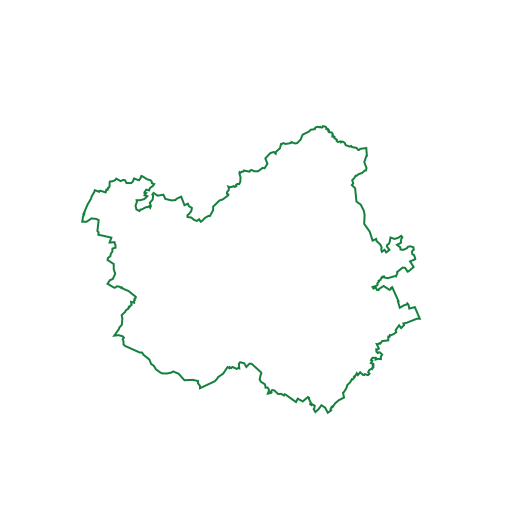 Cashel-Tipperary Lea-7, South Tipperary, Ireland (orthographic projection), rotated 41°
{"feature_id": "5873133B11959666540716", "entity_name": "Cashel-Tipperary Lea-7", "entity_type": "district", "adm_level": 2, "iso_a3": "IRL", "parent_name": "Ireland", "parent_adm1": "South Tipperary", "projection": "orthographic", "projection_center": [-8.111, 52.526], "detail": "fine", "context": "isolated", "style": "outline", "palette": "green", "viewbox_px": 512, "rotation_deg": 41, "n_neighbors": 0, "source": "geoboundaries", "source_scale": "gbopen_adm2", "svg_char_len": 6145}
<svg xmlns="http://www.w3.org/2000/svg" viewBox="0 0 512 512"><g transform="rotate(41 256 256)"><path d="M216.1,409.8L231.6,405.1L233.4,403.6L235.8,404.4L243.5,404.1L247.7,406.3L250.9,405.9L254.8,407.2L259.6,406.8L262.1,406.2L265.9,403.1L268.5,399.7L269.2,397.5L274.7,395.6L283.5,396.7L289.6,390.9L294.3,388.4L295.7,390.1L299.0,390.8L300.5,392.5L307.1,377.5L307.2,373.8L306.8,372.5L308.4,366.3L307.4,358.5L310.5,358.0L309.0,358.0L309.0,357.1L310.8,356.9L311.0,355.2L315.6,353.8L316.0,352.2L317.1,351.8L313.8,348.6L313.7,346.6L317.5,344.7L321.5,346.1L321.7,341.6L323.4,340.2L336.0,340.5L337.1,341.1L337.6,342.9L339.9,346.9L342.0,347.7L347.0,347.0L349.6,349.1L350.9,347.7L353.1,348.2L354.0,348.8L355.2,352.1L357.1,349.6L357.2,348.9L356.3,348.8L356.1,346.6L357.9,345.5L363.4,345.6L365.3,343.6L368.6,342.9L368.4,341.5L369.1,341.2L382.0,340.0L381.1,336.3L386.7,335.1L387.7,328.4L389.1,328.2L389.6,329.1L393.4,330.6L394.1,332.3L395.8,332.1L395.6,331.0L398.5,330.5L399.9,332.7L400.0,333.7L403.2,334.8L403.7,330.6L403.3,325.7L407.7,325.1L413.0,327.2L414.0,323.1L412.7,322.7L412.1,320.3L412.2,319.6L412.9,319.7L412.4,315.2L413.1,310.5L415.3,305.1L411.4,302.1L411.6,300.7L410.9,296.4L409.6,293.6L409.9,289.5L409.2,286.0L409.9,285.7L409.9,282.5L409.1,282.5L409.5,280.6L409.0,278.4L411.0,279.0L410.9,275.4L414.8,275.5L415.7,274.9L415.6,273.8L418.7,272.4L418.9,270.4L416.9,270.1L416.3,267.7L417.2,265.2L417.8,265.2L417.6,263.3L416.9,263.5L416.2,261.9L417.2,261.1L415.4,261.6L415.0,260.5L412.9,261.4L412.5,258.8L411.0,259.1L410.7,256.4L413.2,254.2L414.2,255.7L415.6,253.5L417.9,251.9L416.2,249.9L415.9,247.6L412.7,247.5L412.0,247.9L411.6,249.4L409.6,249.2L408.0,247.5L409.1,246.9L409.5,245.3L404.9,243.3L406.1,242.3L406.3,240.8L407.3,240.6L407.0,237.5L411.2,232.9L408.7,230.0L409.8,229.3L408.9,227.8L409.7,227.4L411.1,224.7L411.8,221.5L410.0,220.3L409.5,214.4L412.8,215.2L413.1,211.0L411.5,210.2L413.3,207.9L418.5,197.9L420.8,195.9L409.4,190.4L406.2,195.1L403.1,192.8L401.3,192.5L401.5,193.8L400.1,196.0L398.5,200.7L392.8,197.1L393.1,196.6L379.2,190.2L378.8,191.7L379.5,192.8L378.9,194.0L372.0,194.9L370.5,199.9L370.8,201.3L369.7,202.2L367.1,201.3L366.0,203.5L364.3,203.0L366.6,199.1L366.6,197.9L365.5,197.0L365.6,194.7L364.8,194.2L365.6,192.3L364.9,190.0L365.7,189.0L365.1,188.5L366.0,187.4L366.8,188.0L369.9,186.4L374.4,179.5L375.0,179.5L373.9,176.1L373.0,175.6L374.3,168.5L376.3,167.1L380.7,168.4L381.2,167.5L382.2,160.9L375.8,159.0L378.3,154.0L377.7,153.4L374.7,151.6L372.9,152.1L370.9,150.6L370.6,149.1L371.0,147.8L369.0,146.1L365.9,147.6L364.6,149.5L364.8,151.0L363.2,154.7L360.8,156.3L359.2,154.8L355.1,155.1L356.7,150.9L354.5,148.0L354.1,145.8L352.3,145.6L351.4,149.0L349.4,152.2L345.4,153.8L347.9,158.1L348.3,160.1L347.7,161.2L348.4,162.9L352.7,163.9L351.9,167.9L349.0,167.0L348.2,170.2L346.1,168.8L345.4,167.3L342.4,165.8L337.1,165.6L335.5,164.3L333.9,167.9L325.8,163.0L316.6,160.8L310.8,153.5L307.6,151.1L301.4,148.5L296.1,149.0L286.3,139.8L281.8,139.6L281.8,137.5L278.9,135.7L279.0,132.2L278.5,130.1L279.3,129.5L279.7,127.1L281.6,123.6L282.1,119.9L282.9,119.3L281.7,117.1L276.1,114.1L273.7,108.2L274.0,107.7L268.4,102.2L264.4,106.7L264.3,108.1L263.7,108.9L260.8,108.5L257.1,110.8L255.7,110.5L255.1,111.9L250.9,113.5L248.7,112.4L246.6,112.8L245.9,113.1L245.6,114.5L244.6,114.1L243.2,116.1L241.4,116.3L240.7,115.2L237.8,115.6L237.2,114.7L235.7,115.5L235.9,114.7L234.4,114.7L234.1,113.7L232.2,113.1L229.8,114.7L228.9,114.4L229.5,114.0L228.7,113.3L226.9,113.0L225.7,114.0L225.1,113.1L223.7,112.8L221.3,114.1L221.7,115.4L221.1,116.2L219.7,116.4L219.3,117.4L217.6,118.1L216.5,120.3L217.2,121.6L214.4,124.9L214.4,127.2L211.6,133.8L213.3,138.9L213.0,143.8L211.6,145.5L208.1,146.7L208.5,147.2L207.0,149.5L204.7,152.1L202.5,152.9L202.0,154.7L201.4,155.0L203.4,159.0L202.7,164.4L203.7,165.9L201.2,165.8L199.3,168.9L199.0,176.2L204.1,178.9L204.9,184.1L203.2,185.2L201.9,190.8L198.8,193.4L196.3,193.9L195.5,195.1L195.8,196.6L190.8,199.4L191.1,200.5L189.9,201.8L189.8,203.0L188.6,203.4L189.2,204.5L192.8,206.9L195.4,210.2L196.1,212.7L194.6,214.0L194.3,215.4L195.3,216.1L194.8,217.7L193.1,218.0L193.0,218.9L191.0,221.3L189.6,221.8L191.2,222.7L192.1,224.2L192.3,227.1L193.4,228.1L194.8,227.7L195.2,228.6L193.8,235.1L192.1,237.9L191.9,239.3L191.3,246.9L193.7,249.7L195.0,256.2L193.8,257.0L192.5,260.7L192.3,264.7L191.8,266.4L189.0,265.6L188.4,268.3L185.5,269.4L182.0,269.4L178.8,271.5L177.5,270.2L177.9,268.5L177.7,264.6L176.1,261.8L172.7,262.4L170.3,261.2L168.7,264.6L160.6,260.3L158.5,265.0L158.5,266.7L155.7,269.5L150.1,272.4L145.9,270.5L142.2,275.0L137.3,275.6L137.5,277.7L138.8,278.0L141.0,281.2L141.0,285.6L143.8,287.2L144.5,289.0L142.7,288.6L142.1,290.4L141.1,291.0L139.1,296.1L138.3,296.8L138.5,298.5L135.2,299.3L132.1,297.1L130.5,293.1L129.3,292.2L132.0,289.9L134.3,286.4L134.6,284.9L134.7,282.2L132.1,283.3L131.9,280.6L130.4,281.6L130.0,281.0L129.7,277.9L132.3,276.6L131.4,274.4L132.2,270.7L132.0,268.5L129.6,269.3L128.1,268.1L126.3,268.1L123.8,269.5L117.8,270.4L117.0,270.8L117.8,272.9L118.0,275.7L113.1,277.5L114.2,280.6L113.9,282.9L110.4,285.9L107.5,284.8L106.0,285.5L104.7,288.3L99.8,289.3L99.9,291.3L98.6,293.9L97.0,295.4L97.0,296.2L99.8,299.5L100.1,301.0L99.6,301.4L100.6,303.4L99.5,304.1L100.8,306.6L95.7,308.9L95.2,309.6L95.5,310.4L91.2,312.1L92.0,313.9L92.8,318.8L93.9,320.9L95.1,327.6L98.1,336.9L98.4,336.3L99.1,337.5L99.9,340.3L102.4,344.1L105.6,341.4L107.2,335.6L110.8,333.0L113.7,332.1L119.9,341.2L121.7,341.4L123.0,343.4L134.8,337.0L136.7,341.9L140.7,337.8L140.2,338.9L142.5,339.7L144.5,341.9L142.8,344.6L144.8,347.1L144.9,349.5L146.2,351.6L145.6,354.5L146.6,356.4L153.9,355.4L157.4,359.4L161.4,361.8L163.0,367.3L161.6,370.2L162.2,374.4L169.6,373.0L170.4,372.4L171.0,370.0L173.2,368.7L175.2,368.6L175.2,367.7L177.1,367.9L182.6,366.1L192.1,365.7L192.7,366.6L192.4,368.2L193.5,368.8L193.4,369.8L194.7,371.2L191.8,372.6L194.2,374.5L193.8,375.7L194.1,376.6L193.3,377.6L194.1,378.3L193.8,379.0L194.2,379.7L193.4,382.2L193.9,384.0L193.4,388.7L196.3,391.0L199.9,396.0L199.8,399.4L200.5,401.4L201.3,409.1L204.2,405.9L208.0,404.1L209.9,404.3L210.0,406.3L211.9,407.3L214.1,409.7L216.1,409.8Z" fill="none" stroke="#15803d" stroke-width="2"/></g></svg>